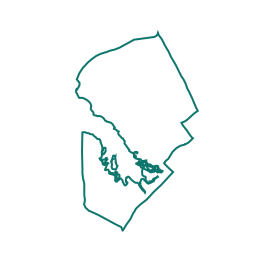 Teluk Bintuni, Papua Barat, Indonesia (Albers equal-area conic projection), rotated 51°
{"feature_id": "22746128B11480476919105", "entity_name": "Teluk Bintuni", "entity_type": "district", "adm_level": 2, "iso_a3": "IDN", "parent_name": "Indonesia", "parent_adm1": "Papua Barat", "projection": "albers", "projection_center": [133.559, -2.087], "detail": "fine", "context": "isolated", "style": "outline", "palette": "teal", "viewbox_px": 256, "rotation_deg": 51, "n_neighbors": 0, "source": "geoboundaries", "source_scale": "gbopen_adm2", "svg_char_len": 6097}
<svg xmlns="http://www.w3.org/2000/svg" viewBox="0 0 256 256"><g transform="rotate(51 128 128)"><path d="M159.9,210.3L163.0,211.1L168.1,210.4L168.7,209.9L176.7,205.9L195.4,198.1L200.7,195.6L204.2,196.7L204.3,196.2L201.8,189.2L200.3,183.5L197.4,177.4L197.0,175.6L196.0,173.5L195.6,171.7L195.2,165.9L195.4,158.5L193.9,148.5L193.1,137.8L190.6,120.6L186.1,121.4L178.2,122.2L177.3,119.4L177.3,116.0L174.6,108.5L174.1,102.8L174.7,98.6L176.5,94.6L176.4,93.8L176.8,93.5L177.0,92.5L177.4,89.4L176.8,84.0L175.8,84.3L172.2,84.3L167.2,83.8L160.4,83.7L157.6,83.2L158.7,79.1L158.8,76.2L158.3,67.2L158.6,63.0L154.3,62.1L146.3,59.7L137.4,57.5L135.1,57.2L129.4,55.2L125.4,54.3L121.4,54.0L109.0,51.2L99.6,49.8L94.3,48.4L86.9,47.3L80.6,45.9L75.0,45.6L72.9,44.9L74.2,47.0L73.9,50.1L63.2,67.7L60.3,83.8L58.7,88.9L56.4,93.8L55.7,96.3L53.1,102.7L52.0,107.4L51.7,112.4L51.8,117.9L52.9,125.4L54.8,131.3L58.0,137.2L62.4,137.2L64.2,138.8L65.5,141.6L65.4,143.5L66.1,143.5L65.8,144.2L66.4,145.0L67.8,145.9L69.4,146.0L70.5,146.4L73.9,147.0L75.6,144.7L78.0,143.2L82.0,141.9L85.0,141.7L87.7,142.6L89.1,144.4L90.3,145.2L93.9,145.1L95.0,145.5L95.5,146.2L96.2,146.4L97.4,145.8L98.3,144.9L99.4,144.4L101.1,142.3L102.6,141.4L105.2,140.8L107.9,141.1L108.2,140.7L109.9,140.4L110.5,139.7L113.3,137.9L115.2,137.6L119.2,138.0L119.1,138.6L119.8,139.5L121.5,138.4L123.4,138.2L124.8,137.4L125.7,138.8L127.3,139.4L131.6,139.1L132.6,138.9L133.0,138.5L134.6,138.9L136.2,138.8L137.8,140.5L141.2,140.5L142.2,140.9L143.1,140.6L144.5,140.9L145.5,140.6L146.2,141.4L146.8,141.5L149.3,140.7L150.5,140.0L151.0,139.2L150.9,138.3L151.3,137.3L152.3,136.1L152.9,136.0L153.4,136.5L153.4,136.8L152.6,136.7L151.8,137.6L151.7,139.1L152.2,140.1L152.8,140.5L154.1,139.6L155.0,139.6L156.3,141.1L158.1,140.1L158.7,139.1L159.2,139.0L160.1,137.9L162.7,137.9L163.8,135.7L164.8,135.0L164.9,134.8L164.5,134.6L164.7,134.2L165.8,135.0L167.1,135.3L168.5,135.2L169.4,134.7L170.1,133.8L173.3,132.8L173.9,132.4L174.9,130.2L175.5,129.3L176.1,128.9L176.6,128.7L177.5,129.0L178.8,130.0L180.5,129.3L181.6,129.5L182.8,128.3L183.4,128.5L183.6,129.4L183.4,130.2L181.2,132.4L181.1,133.0L179.5,133.1L178.8,133.5L178.4,135.4L178.1,135.6L177.7,136.7L176.7,138.3L172.4,139.8L172.1,140.2L169.5,141.1L169.0,141.7L170.0,144.0L173.5,146.4L174.2,146.4L175.8,146.0L176.4,145.3L177.3,145.1L178.1,145.8L178.7,146.8L182.9,147.2L183.3,146.6L183.5,145.1L183.1,144.8L183.9,143.9L184.2,142.7L184.0,141.4L183.2,141.6L183.9,141.0L183.5,140.1L184.1,139.0L183.9,138.6L184.4,136.3L184.2,135.5L184.8,135.5L184.5,137.8L184.6,139.7L185.6,141.5L185.2,142.3L185.3,142.8L184.7,145.4L184.1,147.1L183.2,147.7L177.5,148.2L176.5,149.0L176.3,150.1L177.3,151.6L177.7,152.9L178.9,153.2L178.9,153.6L179.5,154.0L182.8,154.8L187.7,154.7L188.6,155.0L188.9,155.5L186.9,155.3L185.6,155.9L184.5,155.6L182.3,155.8L180.1,155.3L179.0,155.3L178.6,154.9L177.8,154.8L176.3,155.3L175.5,156.4L174.2,157.1L170.6,157.9L167.0,158.0L166.5,158.4L166.0,158.4L165.7,158.9L165.6,160.2L166.6,159.8L165.7,160.5L166.0,161.0L167.4,162.8L167.6,162.9L168.5,162.2L167.9,162.9L168.4,163.4L168.9,163.4L169.2,163.1L169.5,163.5L169.9,163.4L170.2,163.0L170.6,163.4L170.8,163.8L170.7,164.3L171.1,165.1L171.0,166.0L170.6,166.6L170.2,166.6L167.0,166.1L165.2,165.3L162.6,165.3L162.2,166.2L162.6,168.1L162.3,169.1L162.7,170.4L162.1,171.1L160.5,171.0L159.2,169.5L158.4,169.1L158.0,168.5L156.9,168.1L155.6,168.4L151.9,171.2L151.1,171.0L150.5,169.8L149.7,170.2L148.1,169.5L147.2,170.6L146.6,172.0L146.0,172.2L144.2,168.9L143.6,168.6L143.5,168.0L143.1,168.0L143.5,167.4L143.0,166.2L142.4,166.3L142.6,165.7L141.9,165.9L141.3,166.6L141.4,168.2L141.8,169.7L141.1,170.2L140.3,170.4L138.0,169.2L136.4,169.1L137.9,168.9L139.6,169.9L140.2,169.9L140.4,168.2L139.3,165.3L137.8,165.6L137.5,166.6L136.0,168.3L136.1,169.3L135.7,169.5L133.9,169.3L134.0,167.1L133.6,166.3L131.4,164.3L130.2,163.6L127.8,160.7L125.2,159.3L121.8,158.3L121.0,157.6L119.1,157.2L118.5,157.3L117.9,158.2L116.7,158.9L114.6,158.9L113.0,159.4L110.7,159.5L108.7,161.5L107.6,161.6L106.0,163.1L103.9,164.3L102.7,166.2L116.7,178.0L132.2,190.0L133.5,191.2L138.4,194.4L143.9,197.1L152.6,204.2L156.9,206.8L159.9,210.3ZM143.3,156.7L142.4,155.9L142.5,156.2L142.3,156.3L141.6,155.9L141.0,155.9L140.2,157.0L141.6,159.0L142.1,159.1L142.8,159.0L142.3,160.0L143.4,162.2L143.8,162.3L143.9,161.9L144.5,162.8L145.4,162.8L146.7,163.6L147.4,164.9L149.7,165.9L150.5,165.6L152.0,164.0L152.4,164.0L152.4,163.0L150.8,160.0L150.0,160.2L148.6,159.9L147.4,159.0L146.8,159.2L145.7,158.1L143.3,156.7ZM171.9,138.1L175.6,137.3L175.9,136.5L175.4,135.3L175.4,134.6L177.1,134.1L177.4,133.7L175.1,133.2L174.3,133.3L173.3,134.0L170.4,136.3L170.0,136.9L170.0,137.7L171.9,138.1ZM167.3,136.6L164.9,136.0L164.6,136.5L164.5,138.0L164.0,138.7L162.7,139.8L160.9,140.1L160.7,140.3L160.7,141.0L161.8,141.8L162.3,141.8L166.2,139.0L167.3,138.7L169.0,136.4L167.3,136.6ZM129.6,158.1L128.8,158.3L128.5,158.8L128.0,159.6L128.2,160.1L129.7,161.6L130.0,162.8L132.8,164.7L133.0,162.9L132.1,160.2L129.6,158.1ZM167.6,142.2L168.4,140.1L168.4,139.7L167.5,139.5L164.8,140.8L162.1,142.8L161.0,143.0L160.7,143.8L160.8,144.1L161.3,144.0L163.6,143.1L164.9,142.3L166.0,142.3L167.1,142.7L167.6,142.2ZM161.0,168.9L161.4,168.5L161.4,167.7L160.3,165.1L159.3,164.3L158.1,164.4L157.7,164.9L157.6,165.9L157.9,166.6L160.1,168.9L161.0,168.9ZM178.0,132.9L178.6,132.2L178.6,130.3L176.3,129.2L175.8,129.9L175.6,131.9L178.0,132.9ZM179.2,132.2L181.1,132.0L182.3,130.8L182.3,130.5L181.1,129.8L179.2,130.3L178.9,131.2L179.2,132.2ZM155.8,164.4L154.7,164.5L154.2,165.6L156.4,167.3L156.5,166.5L156.1,164.9L155.8,164.4ZM154.5,169.0L154.6,168.4L153.3,168.4L151.6,170.0L151.5,170.8L151.9,170.8L152.7,170.2L152.9,169.4L153.2,169.0L153.1,169.9L153.7,169.5L153.7,169.0L154.5,169.0ZM138.6,163.7L137.9,163.4L137.4,164.1L138.0,165.3L139.5,164.7L139.4,163.9L138.6,164.0L138.6,163.7ZM155.9,141.2L154.6,140.0L154.2,140.1L153.8,141.1L154.2,141.6L155.9,141.2ZM177.6,134.6L175.9,134.7L175.5,134.9L175.6,135.2L176.3,135.8L176.4,136.3L177.3,135.3L177.6,134.6ZM182.8,130.4L183.1,129.9L182.9,128.7L182.1,129.4L182.6,129.9L182.5,130.4L182.8,130.4Z" fill="none" stroke="#0f766e" stroke-width="2"/></g></svg>